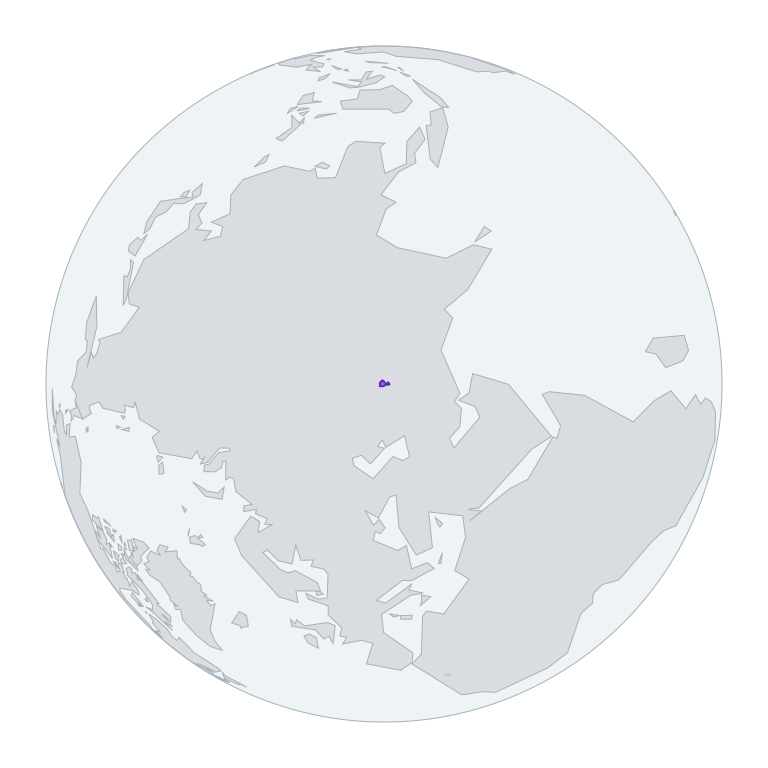 globe centered on Jawzjan, rotated 242°
{"feature_id": "AFG-1746", "entity_name": "Jawzjan", "entity_type": "Province", "adm_level": 1, "iso_a3": "AFG", "parent_name": "Afghanistan", "parent_adm1": "", "projection": "orthographic", "projection_center": [65.748, 36.744], "detail": "fine", "context": "on_globe", "style": "filled", "palette": "violet", "viewbox_px": 768, "rotation_deg": 242, "n_neighbors": 0, "source": "natural_earth", "source_scale": "10m", "svg_char_len": 12499}
<svg xmlns="http://www.w3.org/2000/svg" viewBox="0 0 768 768"><g transform="rotate(242 384 384)"><circle cx="384" cy="384" r="338" fill="#eef3f6" stroke="#a8b0b8"/><path d="M435.2,50.0L444.5,53.6L473.2,64.8L489.4,69.2L480.3,68.3L515.7,78.4L535.8,89.0L508.7,76.8L502.5,75.5L514.0,82.0L510.1,82.2L513.5,85.8L507.8,85.8L492.4,79.6L488.5,79.8L496.8,84.5L496.4,88.1L484.8,81.0L482.9,86.9L456.7,79.7L430.1,64.0L411.1,63.2L371.8,56.6L371.0,58.6L355.5,58.6L348.8,61.2L343.4,60.0L342.7,63.2L348.9,63.8L350.6,65.6L347.2,67.5L339.7,66.1L340.4,64.9L336.4,65.5L334.2,64.2L333.4,65.9L324.7,64.5L328.1,68.8L317.0,70.1L312.7,68.5L319.9,64.9L327.8,55.0L325.6,53.8L315.4,54.8L281.7,63.8L276.5,64.6L264.6,68.4L264.3,69.1L273.5,66.7L270.0,69.9L281.8,67.4L282.1,68.7L291.4,68.4L282.7,72.7L269.1,77.5L260.9,78.2L254.7,80.7L256.5,84.0L235.5,90.3L211.7,103.8L207.1,105.5L208.7,100.2L223.7,89.1L225.9,85.6L217.0,92.7L205.5,98.1L200.5,101.4L196.8,104.4L198.2,104.4L192.7,107.7L199.5,101.1L204.5,98.0L202.4,99.8L209.3,95.0L212.5,92.8L235.1,80.6L258.6,70.2L282.8,61.6L307.6,54.8L332.8,50.0L358.4,47.1L384.0,46.1L409.7,47.1L435.2,50.0ZM448.9,52.6L443.5,51.6L444.3,51.5L447.1,52.1L448.9,52.6ZM501.8,72.9L495.2,69.9L503.0,72.9L501.8,72.9ZM514.9,86.3L518.0,87.3L518.4,88.8L514.9,86.3ZM295.6,66.1L293.5,67.2L292.8,66.7L295.6,66.1ZM301.6,65.2L302.3,63.8L305.3,63.2L304.8,64.0L301.6,65.2ZM510.2,90.5L509.9,93.1L507.5,89.3L510.2,90.5ZM300.0,67.1L310.4,62.3L315.6,61.3L318.0,64.0L300.0,67.1ZM508.0,93.9L507.4,101.1L514.3,103.5L494.6,101.5L501.6,95.5L497.6,90.2L503.5,93.5L508.0,93.9ZM352.3,63.3L345.6,62.7L354.3,61.7L352.3,63.3ZM357.5,62.3L382.0,58.0L390.2,60.4L380.4,61.1L393.6,63.4L385.6,66.6L376.5,66.0L372.8,63.7L372.6,66.8L357.5,62.3ZM483.8,99.6L481.4,100.7L481.0,98.4L483.8,99.6ZM352.0,66.3L356.2,65.0L363.6,66.9L356.6,69.9L356.4,68.3L352.0,66.3ZM401.0,62.8L405.3,65.1L400.0,68.1L400.9,69.5L386.1,66.9L401.0,62.8ZM353.0,68.8L352.8,71.5L346.2,72.4L348.4,67.8L353.0,68.8ZM368.6,66.2L371.8,67.3L367.7,67.6L368.6,66.2ZM322.6,78.3L327.4,76.1L331.7,76.7L322.6,78.3ZM353.2,72.5L355.4,72.2L357.7,72.4L356.2,74.4L353.2,72.5ZM383.4,69.5L380.3,70.5L389.2,70.7L385.6,73.5L376.3,71.4L378.8,73.4L377.7,74.4L371.4,71.7L383.4,69.5ZM361.4,77.1L348.4,76.2L338.4,79.8L334.3,79.2L351.1,73.6L361.4,77.1ZM367.8,74.1L362.9,75.8L360.3,73.8L362.0,71.6L367.8,74.1ZM386.5,76.3L394.4,72.5L396.1,73.2L386.5,76.3ZM359.0,78.5L362.2,78.7L358.6,79.0L359.0,78.5ZM378.6,77.2L381.2,75.7L383.1,76.5L378.6,77.2ZM366.4,80.7L362.3,80.3L363.3,78.6L366.4,80.7ZM372.4,79.4L374.4,80.8L366.2,78.2L373.3,78.6L372.4,79.4ZM380.0,78.2L382.0,78.1L378.7,78.7L380.0,78.2ZM364.9,87.8L354.2,85.0L356.5,81.0L366.6,84.3L364.9,87.8ZM56.5,395.2L59.4,337.7L66.0,326.9L73.0,306.8L123.7,277.3L128.0,290.2L160.7,309.0L163.6,315.0L152.8,328.8L171.7,367.4L186.1,358.9L210.1,383.9L230.6,391.7L250.1,363.4L216.7,349.9L217.8,332.2L250.1,329.8L280.3,342.5L281.7,336.1L268.4,316.1L281.2,307.8L264.4,308.4L266.9,316.4L256.5,317.4L253.6,310.2L258.2,307.3L250.8,301.1L230.6,318.0L230.9,328.0L207.7,321.6L206.0,338.1L197.6,341.8L197.4,315.6L201.9,308.2L196.6,275.8L189.8,282.6L194.3,314.2L190.3,309.5L181.0,320.5L184.9,308.5L181.7,273.7L164.8,266.9L132.9,283.3L125.1,278.0L123.3,264.4L145.2,237.1L160.1,252.3L168.1,244.2L173.9,225.5L177.9,232.2L182.1,226.8L188.6,232.2L206.4,226.3L214.3,230.6L229.7,216.1L235.9,216.7L225.0,224.8L221.7,233.4L242.4,245.3L248.8,244.0L257.2,234.0L261.8,239.1L267.3,227.9L283.3,230.5L268.3,218.4L277.7,207.7L291.9,203.2L292.3,197.9L269.2,205.3L262.4,210.5L260.8,218.1L239.9,231.9L231.0,230.7L242.7,209.1L231.3,205.5L245.4,191.4L299.3,177.8L317.5,179.4L329.9,204.3L320.8,209.7L311.9,203.0L312.4,219.1L316.1,212.9L319.9,217.6L329.9,209.6L333.1,212.6L337.2,200.3L342.2,203.1L339.5,210.9L358.6,202.8L371.3,206.9L374.1,203.7L373.5,199.1L390.1,208.1L391.4,205.4L386.4,201.4L385.8,193.6L391.2,183.8L396.7,187.4L395.4,191.4L401.1,205.9L397.1,216.8L399.9,217.4L404.7,208.9L397.8,191.1L399.5,184.2L404.1,191.9L402.5,188.6L405.1,186.3L412.7,187.8L408.2,179.2L428.9,153.1L445.8,154.3L447.6,163.4L467.8,151.8L485.2,155.8L480.6,151.8L487.2,144.8L481.8,143.3L480.1,141.0L494.6,124.4L502.2,124.0L503.2,114.2L500.9,112.4L495.3,111.9L494.6,101.5L514.3,103.5L518.7,107.4L528.1,106.8L536.7,116.1L548.1,124.2L552.1,136.1L560.8,142.1L563.5,141.3L577.3,149.7L596.6,171.2L569.2,157.2L538.0,129.6L549.7,140.6L543.5,139.5L545.6,144.5L554.1,152.8L557.3,152.8L553.0,176.2L566.6,204.0L574.2,196.7L584.5,200.7L606.6,230.3L612.9,284.3L626.6,293.6L631.1,302.6L627.3,312.6L620.6,299.5L611.8,298.9L608.7,290.5L600.2,303.5L595.3,292.2L591.2,308.7L598.7,315.6L608.0,307.6L606.5,327.9L622.8,337.5L630.7,355.7L623.2,398.6L606.6,418.2L606.9,424.6L597.2,421.7L589.0,438.0L610.6,463.6L611.6,473.0L596.1,497.9L595.0,491.4L569.5,483.6L568.0,507.0L587.4,518.2L594.2,536.1L580.7,535.1L573.4,519.4L564.3,516.0L564.5,496.4L552.5,470.2L538.7,480.0L537.5,468.0L519.0,447.2L497.8,460.1L465.8,498.0L465.0,528.2L452.4,542.5L428.0,501.9L421.7,472.3L410.0,475.7L387.3,450.3L339.8,446.6L335.6,438.0L326.1,440.9L310.6,430.7L305.3,416.4L294.6,415.5L309.6,453.0L321.2,454.0L334.6,442.3L336.3,454.9L351.6,467.2L325.3,493.7L259.1,507.3L257.1,483.9L229.9,409.4L233.2,402.6L233.3,401.7L233.2,400.1L226.1,410.5L223.0,395.7L232.7,446.7L232.3,466.3L258.1,508.4L254.6,511.1L264.2,520.4L300.5,518.9L299.7,526.2L279.8,555.8L233.5,586.3L242.3,614.2L243.4,634.2L220.4,638.8L228.4,654.0L217.4,654.0L220.7,661.2L215.3,664.6L203.9,663.7L178.2,649.3L171.9,642.3L151.7,621.7L121.8,575.2L123.2,561.9L118.9,546.0L100.8,499.5L104.4,482.5L100.8,470.5L92.6,465.1L89.0,450.5L84.6,445.5L60.6,419.9L56.5,395.2ZM98.9,300.9L95.7,306.4L98.9,300.9ZM307.7,372.4L328.8,377.9L327.2,355.8L335.3,356.4L331.8,349.0L327.0,354.3L319.7,334.5L331.7,330.5L333.2,321.3L326.1,319.1L305.4,329.9L315.7,357.8L307.5,365.0L307.7,372.4ZM205.2,98.5L204.5,99.2L199.9,102.5L200.5,101.6L205.2,98.5ZM189.2,115.1L180.8,120.2L187.2,115.6L186.3,114.9L198.8,105.0L205.4,105.9L200.2,107.0L189.2,115.1ZM217.3,93.2L208.6,98.6L217.8,92.7L217.3,93.2ZM198.9,195.0L198.3,200.8L191.5,205.2L181.6,202.0L191.2,195.2L198.9,195.0ZM198.9,208.2L213.3,188.9L220.1,190.9L213.8,192.9L216.9,196.2L207.6,200.4L200.0,222.0L193.6,227.5L178.7,217.1L187.1,217.1L187.2,211.1L198.9,208.2ZM238.1,143.6L244.5,137.3L251.0,149.4L244.3,154.0L233.9,150.5L235.7,143.0L238.1,143.6ZM302.4,73.7L304.4,72.0L306.4,72.1L306.4,73.8L302.4,73.7ZM324.5,77.2L295.8,82.2L296.6,80.2L278.8,86.5L274.1,84.1L285.8,79.8L268.8,83.2L277.4,78.4L265.7,81.5L292.2,72.4L299.3,69.0L293.2,73.6L297.4,75.8L301.3,75.8L317.8,73.3L335.1,67.8L342.0,69.8L342.3,72.8L339.1,74.4L335.6,72.4L334.0,76.0L326.6,74.5L324.5,77.2ZM341.3,116.9L338.5,112.1L334.0,122.7L326.5,119.7L326.4,121.2L318.3,121.5L308.3,124.8L305.9,122.7L303.1,124.9L297.6,125.5L292.9,128.0L286.9,125.3L280.7,128.3L281.4,125.4L272.2,131.4L276.4,125.9L269.8,126.7L269.2,131.6L248.8,115.2L237.0,113.9L224.8,116.2L233.7,107.4L250.7,100.1L270.2,95.5L280.3,98.6L282.5,94.5L288.0,94.9L284.0,98.0L293.4,93.7L296.8,95.0L314.2,93.3L325.7,87.2L332.3,86.8L329.6,89.9L338.1,87.5L337.4,93.2L342.1,93.2L346.1,99.4L338.0,105.9L343.9,105.5L347.3,110.7L341.3,116.9ZM365.6,89.6L357.7,97.2L349.6,99.6L346.0,88.1L341.8,87.3L339.2,80.9L350.9,77.8L350.6,79.8L353.0,81.1L348.3,81.5L353.8,82.2L353.6,85.2L357.7,86.7L354.0,88.7L365.6,89.6ZM171.2,312.1L174.2,315.2L180.0,318.0L174.3,325.4L171.2,312.1ZM168.5,288.4L171.9,289.5L166.6,300.4L163.5,297.6L168.5,288.4ZM178.3,281.2L172.5,288.7L173.8,283.0L178.3,281.2ZM228.6,225.6L232.8,226.5L231.5,229.2L227.1,231.8L228.6,225.6ZM326.1,150.9L325.8,147.0L328.2,146.4L334.1,138.3L340.1,140.3L338.9,146.0L326.1,150.9ZM241.9,366.6L233.4,370.3L231.4,366.2L234.8,365.7L241.9,366.6ZM200.2,347.9L207.6,356.3L198.6,349.8L200.2,347.9ZM333.7,151.7L335.4,148.0L337.3,151.4L333.7,151.7ZM344.8,141.5L347.8,144.7L341.5,139.7L344.8,141.5ZM396.4,720.6L401.3,720.9L395.4,721.1L396.4,720.6ZM298.1,643.3L286.0,671.9L270.7,668.6L264.2,658.8L266.1,640.5L282.7,638.2L289.8,630.0L298.1,643.3ZM650.9,548.3L656.7,545.0L656.3,546.3L650.9,548.3ZM645.0,548.7L652.1,544.2L643.3,552.2L645.0,548.7ZM654.8,542.4L661.9,534.9L665.1,530.7L664.2,533.5L654.8,542.4ZM639.9,552.1L610.3,568.2L597.9,570.9L601.4,565.2L621.5,556.5L639.9,552.1ZM600.4,565.5L580.7,561.3L549.9,533.2L561.0,530.4L592.5,542.6L590.6,547.3L602.5,552.3L600.4,565.5ZM645.8,518.7L643.7,531.5L627.9,539.8L620.4,541.9L615.3,529.4L618.2,520.1L624.6,517.1L646.1,476.6L654.2,478.4L648.3,494.2L654.7,500.7L645.8,518.7ZM466.8,530.7L475.9,546.6L468.7,550.4L466.8,530.7ZM652.6,451.4L645.4,469.3L651.2,447.8L652.6,451.4ZM654.7,432.7L656.2,438.6L651.8,434.9L654.7,432.7ZM608.7,433.7L602.2,438.5L600.9,434.0L608.6,425.2L608.7,433.7ZM636.5,371.2L640.5,384.9L640.7,390.2L635.7,383.8L636.5,371.2ZM387.4,169.1L372.4,177.5L365.7,186.2L368.1,194.5L358.2,186.9L368.7,173.6L387.4,169.1ZM423.2,154.4L421.0,148.0L426.2,148.9L427.4,150.5L423.2,154.4ZM418.9,151.8L408.3,147.7L409.9,142.9L417.9,147.1L418.9,151.8ZM370.6,148.4L365.7,150.6L364.3,147.7L370.6,148.4ZM632.6,612.9L602.8,640.8L595.8,645.3L603.2,638.1L608.0,625.6L610.8,624.1L616.0,612.5L645.0,584.1L667.5,548.7L677.1,539.9L688.3,515.0L696.2,504.9L690.2,521.7L694.1,517.9L707.3,479.6L704.4,491.5L696.0,513.7L686.2,535.2L674.9,556.0L662.1,575.9L648.0,594.9L632.6,612.9ZM665.1,538.4L674.1,523.1L678.0,518.7L665.1,538.4ZM713.6,458.4L713.5,458.8L712.8,458.2L708.7,473.2L701.7,485.9L704.4,477.4L704.3,471.0L694.8,481.4L692.9,478.7L697.0,470.3L689.6,474.6L697.8,462.6L700.4,469.9L704.7,455.5L710.5,447.7L714.8,441.3L716.7,441.0L715.7,446.3L715.6,449.2L713.6,458.4ZM696.3,487.1L697.6,485.4L696.1,490.2L696.3,487.1ZM717.4,437.1L720.1,418.5L720.4,416.4L718.3,433.1L717.4,437.1ZM720.4,416.4L720.2,414.9L720.7,411.7L720.6,413.3L720.4,416.4ZM679.8,495.9L679.3,499.3L676.9,499.2L679.8,495.9ZM683.1,491.0L689.8,487.2L682.3,494.3L683.1,491.0ZM658.9,500.5L661.4,506.0L669.3,495.2L663.2,506.7L667.8,514.6L665.7,520.5L661.3,511.6L658.4,526.4L654.9,528.8L653.6,518.7L657.7,501.9L661.2,493.3L675.0,479.9L658.9,500.5ZM683.3,482.1L681.3,475.2L682.7,468.0L684.9,470.6L683.3,482.1ZM674.2,459.3L667.5,453.6L662.5,461.8L671.4,438.7L676.6,448.0L674.2,459.3ZM666.7,440.4L662.2,447.9L666.1,435.4L666.7,440.4ZM660.3,445.4L658.6,438.4L662.8,436.4L660.3,445.4ZM669.3,438.7L668.2,425.4L671.3,431.2L669.3,438.7ZM653.7,423.2L664.7,428.8L652.4,432.1L646.4,408.1L651.3,404.0L653.7,423.2ZM646.3,303.4L642.0,297.3L644.9,292.3L647.0,297.8L646.3,303.4ZM650.3,272.3L644.3,289.0L638.7,303.3L643.0,304.1L646.3,317.8L637.1,310.3L637.2,291.7L642.3,283.1L638.1,272.3L638.8,261.1L630.9,249.9L629.6,242.7L638.3,250.5L650.3,272.3ZM627.3,245.5L613.8,224.4L621.5,220.7L626.2,224.5L629.1,235.5L624.9,236.7L627.3,245.5ZM612.8,218.5L608.6,219.7L579.9,196.2L575.8,190.6L601.7,205.2L599.0,207.4L604.7,214.2L612.8,218.5ZM484.8,102.3L481.7,100.9L485.2,101.0L484.8,102.3ZM477.0,140.4L475.3,137.2L479.4,137.0L477.0,140.4ZM472.7,128.6L469.3,130.9L470.6,126.9L472.7,128.6ZM461.9,136.7L466.8,131.1L465.4,138.7L461.9,136.7Z" fill="#d9dde1" stroke="#a8b0b8" stroke-width="1"/><path d="M384.1,379.1L384.3,379.2L384.3,379.3L384.5,379.5L385.6,379.9L385.6,380.0L385.8,380.1L385.9,380.3L386.0,380.3L386.3,380.3L386.3,380.6L386.5,380.7L386.7,380.8L386.8,380.8L387.0,380.9L387.1,381.0L387.2,381.3L387.3,381.5L387.5,381.7L387.6,381.8L387.4,382.2L387.4,382.4L387.4,382.5L387.5,382.8L387.6,383.0L387.8,383.2L387.7,383.2L387.7,383.3L387.8,383.4L387.8,383.5L387.8,383.8L387.7,383.8L387.4,383.8L387.2,383.9L387.2,384.0L387.3,384.1L387.4,384.5L387.5,384.7L387.6,384.8L387.5,385.0L387.4,385.0L387.2,385.0L386.9,385.1L386.3,385.2L385.9,385.3L385.7,385.2L385.4,385.3L385.2,385.4L385.1,385.5L384.6,385.7L384.2,386.0L383.9,386.2L383.8,386.3L383.7,386.3L383.2,386.4L382.9,386.4L382.9,386.5L382.9,386.8L382.8,387.8L382.9,388.0L383.0,388.1L382.9,388.4L382.9,388.5L383.0,388.5L383.6,388.4L383.7,388.5L383.4,388.7L383.3,388.8L383.2,388.8L383.1,388.7L382.9,388.6L382.8,388.8L382.7,388.9L382.4,388.9L382.2,388.9L381.9,388.8L381.7,388.8L381.7,388.7L381.4,388.7L381.3,388.8L381.2,388.8L381.1,388.7L380.9,388.6L380.9,388.4L381.0,388.4L381.2,388.2L381.3,388.1L381.2,387.8L381.3,387.7L381.5,387.5L381.5,387.4L381.4,387.3L381.4,387.2L381.4,386.9L381.6,386.4L381.8,386.3L382.5,386.2L382.7,385.9L382.6,385.6L382.5,385.4L382.5,385.2L382.6,384.9L382.4,384.8L382.3,384.7L382.5,384.3L382.5,384.1L382.6,383.9L382.5,383.7L382.4,383.7L382.3,383.3L382.1,383.0L382.0,382.9L382.0,382.7L382.2,382.1L382.8,381.1L383.0,381.0L383.2,380.7L383.4,380.5L383.4,380.3L383.4,380.2L383.4,379.8L383.5,379.7L383.6,379.4L383.8,379.4L384.0,379.4L384.0,379.2L384.1,379.1Z" fill="#8b5cf6" stroke="#5b21b6" stroke-width="1.5"/></g></svg>